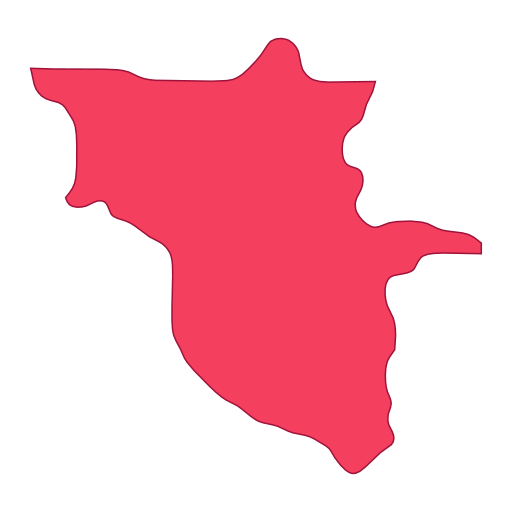 the district of Hostos, Duarte, Dominican Republic
{"feature_id": "3306468B93342772649109", "entity_name": "Hostos", "entity_type": "district", "adm_level": 2, "iso_a3": "DOM", "parent_name": "Dominican Republic", "parent_adm1": "Duarte", "projection": "albers", "projection_center": [-70.015, 19.128], "detail": "fine", "context": "isolated", "style": "filled", "palette": "rose", "viewbox_px": 512, "rotation_deg": 0, "n_neighbors": 0, "source": "geoboundaries", "source_scale": "gbopen_adm2", "svg_char_len": 2777}
<svg xmlns="http://www.w3.org/2000/svg" viewBox="0 0 512 512"><path d="M30.7,68.3L34.2,84.3L36.0,89.0L38.6,92.9L41.9,96.2L45.7,98.6L50.1,100.2L58.6,102.6L62.4,104.7L65.3,107.8L71.2,117.1L73.5,121.2L75.2,126.1L76.4,134.5L76.8,146.0L76.7,166.4L75.8,177.8L74.6,183.3L72.6,188.0L70.0,192.0L65.6,197.6L66.9,201.1L69.1,204.3L70.8,205.5L72.8,206.4L77.1,207.2L81.7,207.0L86.2,206.0L93.6,202.4L97.2,201.0L101.3,200.8L103.2,201.3L105.0,202.3L106.3,203.6L107.3,205.2L110.9,213.7L112.1,215.2L113.6,216.5L117.4,218.3L126.1,221.1L130.6,223.2L135.0,226.0L149.8,237.0L158.4,241.4L162.5,243.9L165.9,247.1L167.4,248.9L169.9,252.9L170.9,255.3L172.0,260.3L172.5,265.4L172.7,275.7L172.0,306.6L172.0,320.6L172.5,328.8L173.4,334.1L174.2,336.6L176.1,341.0L180.5,349.2L184.5,358.2L187.4,362.6L194.3,370.8L209.8,386.5L215.7,392.1L221.9,397.2L226.3,400.1L237.3,405.7L241.5,408.8L251.8,417.1L256.2,420.0L258.4,421.2L263.2,422.8L273.0,424.9L277.8,426.3L288.3,431.2L292.8,432.8L305.1,435.3L309.9,436.8L314.1,438.8L325.8,445.8L329.2,448.6L330.5,450.3L335.0,457.9L340.6,465.2L345.5,470.0L349.1,472.4L351.2,473.2L353.4,473.5L355.7,473.2L359.9,471.3L365.5,466.8L380.4,452.6L391.4,444.6L393.2,441.8L393.9,438.4L393.5,435.0L392.0,431.2L389.2,425.7L388.5,423.7L387.8,420.1L388.1,414.6L390.6,407.0L391.2,403.2L390.5,399.3L387.3,391.4L386.2,387.0L385.6,382.4L385.3,375.2L385.8,368.0L386.8,363.3L387.5,361.0L389.6,357.0L394.7,349.7L395.6,335.6L395.4,329.7L394.7,323.9L393.3,318.3L387.3,305.7L385.8,300.3L385.1,294.8L385.1,289.3L385.9,284.1L387.9,279.8L389.3,278.0L391.5,276.5L393.8,275.5L406.4,273.1L410.9,271.5L412.9,270.2L414.3,268.6L418.3,261.1L421.0,257.5L423.0,256.0L428.0,254.2L433.7,253.4L442.8,253.0L481.3,253.7L481.3,243.0L473.7,237.2L469.5,235.0L467.1,234.1L462.2,232.9L447.0,231.0L442.1,230.1L437.6,228.5L427.1,223.5L421.8,222.2L410.7,221.1L396.8,221.6L389.0,222.9L378.9,226.7L374.8,227.3L372.5,226.9L370.3,226.1L366.1,223.6L362.4,220.3L359.2,216.4L356.6,212.0L355.7,209.5L355.2,204.6L355.4,202.2L356.8,197.7L360.8,190.0L362.3,185.7L363.0,181.1L362.7,176.6L361.4,172.5L360.1,170.8L358.6,169.5L356.9,168.5L349.7,166.1L348.0,165.2L346.3,163.9L345.0,162.2L343.2,158.1L342.4,153.4L342.2,148.5L342.6,143.5L343.8,138.6L344.8,136.2L347.3,132.3L352.0,127.5L358.8,122.7L361.5,119.5L363.2,115.5L366.5,104.2L372.6,91.6L375.4,81.5L328.6,82.1L320.0,81.5L314.5,80.2L311.9,79.1L309.8,77.9L306.3,74.8L303.5,71.1L302.4,69.0L301.0,64.4L298.7,52.7L297.9,50.5L295.6,46.4L292.5,43.0L288.7,40.3L286.4,39.4L281.6,38.5L276.9,38.8L274.7,39.4L270.6,41.4L267.8,44.7L261.2,54.6L256.1,60.8L248.4,68.9L242.3,74.4L237.7,77.4L235.2,78.6L232.5,79.6L226.8,80.6L212.2,81.2L155.3,80.3L149.5,79.7L143.9,78.6L139.0,76.9L128.6,72.0L123.2,70.6L117.6,69.8L103.2,69.2L53.4,69.0L30.7,68.3Z" fill="#f43f5e" stroke="#9f1239" stroke-width="1.5"/></svg>